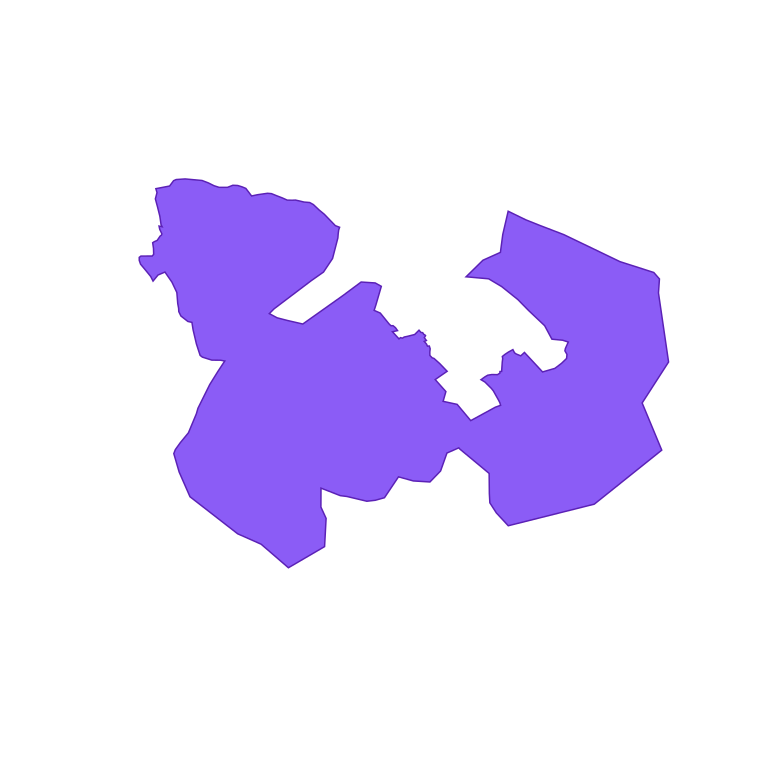 Abeokuta South, Ogun, Nigeria, rotated 111°
{"feature_id": "59680162B79825109156569", "entity_name": "Abeokuta South", "entity_type": "district", "adm_level": 2, "iso_a3": "NGA", "parent_name": "Nigeria", "parent_adm1": "Ogun", "projection": "natural_earth1", "projection_center": [3.353, 7.176], "detail": "fine", "context": "isolated", "style": "filled", "palette": "violet", "viewbox_px": 768, "rotation_deg": 111, "n_neighbors": 0, "source": "geoboundaries", "source_scale": "gbopen_adm2", "svg_char_len": 2799}
<svg xmlns="http://www.w3.org/2000/svg" viewBox="0 0 768 768"><g transform="rotate(111 384 384)"><path d="M250.9,583.1L250.8,587.1L251.1,591.7L252.6,596.3L256.5,600.6L259.5,608.5L259.8,613.7L259.2,620.1L259.2,626.8L263.8,643.1L267.6,651.3L269.6,653.3L276.0,655.1L283.4,667.0L286.7,664.5L293.1,663.8L299.7,659.0L307.7,653.4L315.2,649.2L316.7,647.5L317.2,650.6L320.0,648.8L323.4,645.2L324.8,645.1L326.1,646.0L331.2,647.2L333.5,649.5L335.0,650.6L340.0,647.8L345.5,645.5L347.6,646.3L351.7,656.8L353.5,657.9L356.3,656.8L359.4,654.2L362.9,647.9L367.2,640.4L370.7,636.5L363.2,634.0L358.0,628.6L364.9,618.5L372.8,610.2L382.8,605.4L386.9,602.9L390.0,601.5L393.3,598.0L395.9,589.5L395.3,585.4L401.9,581.6L413.8,573.5L423.2,565.9L424.0,563.2L423.7,558.0L423.4,553.3L420.4,545.2L419.6,540.9L431.9,543.6L447.0,546.5L473.3,549.0L479.0,548.5L499.7,549.1L511.6,553.1L520.0,555.3L524.3,555.3L539.6,543.7L558.8,524.7L576.3,466.9L577.6,441.3L589.8,407.4L557.1,381.2L530.2,389.9L521.5,398.8L503.8,405.5L503.9,384.8L502.3,378.3L499.6,358.0L495.7,350.5L490.0,342.8L465.5,337.2L464.0,321.9L459.0,306.0L444.9,300.0L425.9,300.5L416.8,291.3L417.6,289.8L429.8,253.8L448.5,246.4L457.0,242.6L464.1,232.9L471.8,217.2L420.8,144.6L346.2,101.0L309.2,136.2L261.5,126.2L200.6,160.4L187.2,164.5L183.2,172.1L185.2,207.5L180.1,269.6L180.1,296.2L179.9,310.6L178.2,330.0L201.9,326.7L219.4,322.5L233.0,336.0L254.5,345.8L248.3,324.0L250.9,309.0L257.2,289.3L263.5,275.5L272.0,254.9L282.0,243.3L279.1,232.9L278.8,227.0L285.8,227.4L288.2,227.0L290.8,223.8L294.7,222.7L301.1,225.7L308.2,230.1L315.9,240.3L304.2,264.2L308.7,266.4L308.6,271.3L308.1,273.3L305.7,276.0L309.6,279.3L313.0,281.7L315.9,283.4L317.7,282.3L321.0,281.5L330.1,278.7L330.8,280.2L332.3,279.7L334.6,281.4L336.5,286.7L338.6,290.3L341.1,292.3L345.2,295.0L346.0,290.5L349.6,282.3L351.2,279.5L358.0,271.3L360.0,269.1L362.1,267.5L365.7,271.7L387.1,289.9L376.8,308.4L379.0,322.6L368.9,323.5L361.5,337.8L349.5,329.6L345.0,339.2L342.2,346.5L342.3,348.4L340.9,351.4L337.7,352.7L334.6,353.5L332.3,355.3L333.1,357.0L331.5,358.6L329.8,361.7L328.2,360.0L326.3,363.0L324.0,362.5L323.4,363.7L323.5,364.5L322.2,366.3L322.6,368.0L321.2,370.6L326.8,373.1L331.1,379.2L332.9,382.0L334.6,383.2L334.8,385.2L336.5,386.2L332.2,394.8L329.3,390.5L327.3,393.5L326.3,396.5L327.1,398.4L326.1,400.8L319.1,412.9L318.8,419.6L313.1,419.9L293.8,421.5L292.8,428.4L297.0,441.9L308.5,449.2L316.7,454.4L357.1,481.3L359.3,497.0L360.5,507.5L359.4,516.3L353.1,513.5L313.7,489.0L301.2,480.6L285.3,477.0L264.2,479.4L259.8,480.7L256.4,481.5L253.6,481.6L253.6,486.2L246.9,500.6L244.8,506.9L241.8,514.2L241.2,518.4L242.8,523.9L243.3,527.8L244.0,532.5L245.3,535.5L247.0,540.2L246.7,545.9L246.7,551.6L246.6,557.3L247.7,561.1L252.6,569.9L255.9,575.0L250.9,583.1Z" fill="#8b5cf6" stroke="#5b21b6" stroke-width="1.5"/></g></svg>